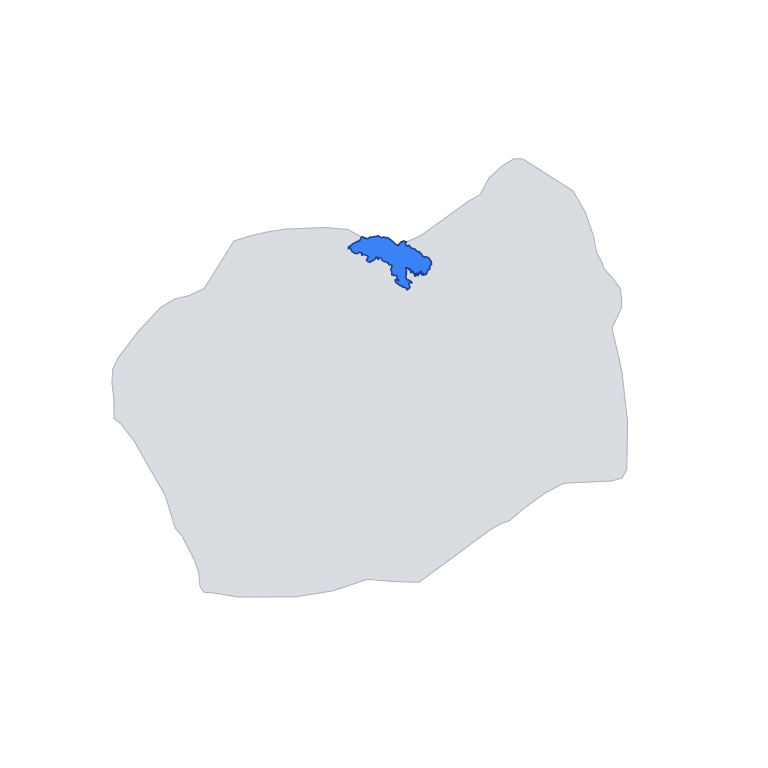 location of Qanya, Qacha's Nek, Lesotho, rotated 202°
{"feature_id": "5366337B93749016515077", "entity_name": "Qanya", "entity_type": "district", "adm_level": 2, "iso_a3": "LSO", "parent_name": "Lesotho", "parent_adm1": "Qacha's Nek", "projection": "mercator", "projection_center": [28.412, -30.083], "detail": "fine", "context": "in_parent", "style": "filled", "palette": "blue", "viewbox_px": 768, "rotation_deg": 202, "n_neighbors": 0, "source": "geoboundaries", "source_scale": "gbopen_adm2", "svg_char_len": 7025}
<svg xmlns="http://www.w3.org/2000/svg" viewBox="0 0 768 768"><g transform="rotate(202 384 384)"><path d="M497.4,506.9L477.6,513.1L474.8,513.7L462.1,512.2L445.2,513.7L431.9,517.2L421.6,518.5L404.7,536.5L374.1,585.2L365.9,595.5L363.7,614.6L356.5,629.8L347.9,641.7L339.4,644.6L313.8,639.9L281.1,633.8L262.1,619.0L245.1,599.7L236.2,585.6L226.9,577.9L223.7,573.6L210.4,567.1L205.3,563.7L200.9,561.3L195.5,552.0L192.4,543.9L193.6,521.3L184.2,507.8L168.2,484.9L158.0,466.1L144.2,440.4L135.7,418.5L126.9,395.8L128.0,386.1L136.4,379.5L161.1,368.1L180.3,359.2L193.9,343.1L208.9,319.0L216.2,304.6L223.5,298.0L231.4,287.8L245.3,265.2L260.7,240.2L277.2,213.3L298.1,205.5L326.5,196.5L353.9,173.1L386.5,153.4L439.1,132.0L463.6,126.5L472.9,123.4L478.8,127.5L485.1,139.7L494.0,150.0L514.8,167.8L523.6,172.1L545.0,198.6L568.0,216.7L594.4,237.6L612.3,248.1L621.5,251.0L629.1,269.5L636.8,283.3L641.1,296.3L640.2,308.9L631.9,339.7L619.8,371.3L610.0,384.4L598.1,392.7L586.5,405.2L582.0,430.6L576.8,460.4L561.6,472.7L549.8,480.8L533.5,490.7L497.4,506.9Z" fill="#d9dde1" stroke="#a8b0b8" stroke-width="1"/><path d="M416.5,523.8L416.6,524.1L417.6,523.9L418.9,524.1L419.7,523.9L419.8,523.0L420.0,522.7L420.8,522.6L421.2,522.5L421.4,521.7L421.7,521.4L421.9,520.2L422.2,519.9L422.4,519.6L422.5,518.8L422.4,518.4L422.8,518.4L422.7,518.0L422.9,517.7L423.3,517.5L425.2,517.9L425.6,517.9L427.0,518.6L427.8,518.6L428.2,518.9L428.3,519.2L429.1,519.4L430.7,520.0L431.7,520.1L432.5,520.6L433.3,520.5L433.9,520.6L434.7,521.0L435.1,521.1L436.0,521.0L436.5,520.4L436.9,520.2L438.9,520.3L439.2,520.4L439.4,520.3L439.4,520.0L439.8,519.7L441.5,518.6L442.0,518.7L442.8,519.1L444.4,519.1L445.2,519.3L445.4,519.2L445.9,518.5L446.2,518.3L446.4,517.8L446.8,517.6L448.2,517.2L448.8,516.4L450.9,515.4L451.3,515.3L451.6,515.0L452.5,514.6L452.6,514.2L452.8,513.1L453.5,512.6L454.0,512.6L454.5,512.3L455.3,512.2L455.7,512.3L456.5,511.8L456.9,511.8L457.1,512.3L457.6,512.4L459.1,512.4L459.5,512.3L459.8,511.6L460.0,511.4L460.0,511.0L460.1,510.9L459.8,510.5L459.8,510.3L459.9,510.2L459.7,509.8L459.8,509.4L460.0,508.9L460.1,508.7L460.1,508.3L460.1,508.0L460.4,508.0L460.3,507.6L460.4,507.0L461.3,506.9L461.7,506.7L462.0,506.3L462.3,506.2L462.4,505.8L462.9,505.2L463.2,504.9L463.6,504.3L464.4,503.8L464.8,502.7L465.2,502.5L465.7,502.1L466.2,500.8L466.5,500.4L466.5,499.9L466.8,499.7L467.0,499.1L467.2,498.8L467.5,498.8L467.9,498.2L467.9,497.8L468.1,497.8L468.2,497.7L468.2,497.1L467.9,496.7L467.7,496.6L467.6,496.2L466.9,497.1L466.6,497.3L466.1,497.2L465.6,496.9L465.2,496.4L463.4,494.9L463.0,494.7L462.3,495.0L462.0,494.9L460.9,494.3L460.5,494.1L458.9,494.6L457.9,494.6L457.1,495.6L457.0,495.9L457.0,496.1L456.4,496.8L456.1,496.9L455.7,496.8L453.9,497.3L453.8,497.2L453.5,496.9L453.4,496.0L453.1,495.3L452.7,495.1L452.4,495.4L452.1,495.7L451.8,496.4L451.2,496.3L450.7,496.5L449.2,496.7L446.9,496.6L446.3,496.0L446.2,495.7L446.3,495.4L446.6,495.0L446.6,494.7L446.5,493.9L446.7,492.8L446.6,492.3L446.4,491.9L446.2,491.9L446.0,492.0L445.1,491.8L444.4,491.4L444.0,491.5L443.0,491.4L442.8,491.5L442.4,492.0L442.0,492.3L441.3,493.5L441.1,493.8L440.4,494.3L439.6,495.2L439.3,496.2L438.8,496.9L438.7,497.3L438.9,498.0L438.9,498.4L438.7,498.8L438.0,499.0L437.7,498.9L437.0,497.9L436.4,497.6L436.1,497.3L435.6,497.6L435.6,498.0L435.9,498.9L435.8,499.2L435.3,499.6L434.6,499.9L433.8,499.7L433.6,499.6L433.1,498.9L431.7,497.9L431.4,497.8L429.2,497.6L428.6,497.9L427.9,498.0L427.0,498.1L426.5,498.0L426.2,497.5L426.0,497.4L425.8,497.4L425.4,497.5L425.1,497.5L424.7,497.4L424.4,496.8L424.0,496.4L423.7,496.3L422.0,497.0L421.2,497.0L421.0,496.9L421.0,496.5L421.0,496.2L420.5,495.5L420.5,495.0L420.7,494.2L420.8,493.2L420.4,492.4L419.7,491.7L418.6,490.7L418.4,490.3L418.2,489.2L417.8,488.4L417.6,488.2L417.3,488.1L417.1,488.1L416.8,488.6L416.4,488.6L415.4,488.2L415.1,488.2L414.0,489.2L413.7,489.2L413.2,489.1L412.4,488.8L412.1,488.4L411.9,487.2L411.7,486.9L411.3,486.5L410.9,486.3L409.7,486.1L409.2,485.8L409.1,485.3L409.2,485.1L410.0,485.0L411.0,485.7L411.6,485.7L412.4,485.0L412.7,484.6L412.6,484.3L412.0,483.7L411.2,482.7L410.9,482.5L410.6,482.5L410.0,482.3L409.0,482.1L406.8,481.4L405.8,481.3L405.6,481.4L405.2,481.6L404.8,481.3L404.1,481.5L403.8,481.4L403.4,481.0L403.1,480.8L402.3,480.9L401.9,481.1L401.5,481.2L399.4,481.2L399.0,481.0L398.8,480.8L398.5,480.2L398.2,480.0L397.9,479.9L397.3,481.0L396.6,481.7L396.3,482.8L396.2,483.5L396.3,483.8L397.6,485.0L398.6,486.4L398.7,486.9L398.4,487.4L398.2,487.6L397.8,487.8L396.3,487.9L396.1,488.4L396.1,488.7L396.3,488.8L397.1,489.1L397.6,489.2L398.1,489.4L399.6,489.7L400.0,489.7L400.6,489.5L400.8,489.3L401.1,489.2L402.3,489.5L402.5,489.9L402.6,490.2L403.2,490.7L403.5,491.3L404.1,491.8L404.3,492.0L404.2,493.9L404.3,494.1L404.6,494.4L404.7,494.9L405.5,495.5L405.6,495.8L405.0,496.3L405.0,496.5L405.4,497.0L405.9,497.5L406.6,499.1L407.1,499.5L407.1,499.8L406.8,499.8L406.6,499.9L406.7,500.0L407.0,500.1L406.1,500.5L405.8,500.3L405.4,500.3L404.8,499.7L404.4,499.6L404.0,499.4L403.7,499.5L403.6,499.8L403.7,500.3L402.4,500.3L401.9,499.9L402.2,499.6L402.3,499.5L402.0,498.7L401.5,498.4L401.2,498.1L401.2,497.7L400.9,497.3L400.5,497.7L400.5,498.2L400.2,498.5L400.1,498.9L400.0,499.1L399.5,499.4L399.0,498.7L398.8,498.2L398.2,497.4L397.4,497.8L397.4,498.0L396.9,498.1L396.7,498.0L396.6,497.8L396.6,497.4L396.3,495.9L395.7,495.9L395.4,495.7L395.3,495.9L395.1,496.3L395.1,496.7L395.2,496.9L395.3,497.1L395.7,497.1L395.8,497.3L395.8,497.5L395.5,497.7L395.2,497.6L394.9,497.8L394.7,498.1L394.7,498.3L394.8,498.5L395.3,498.8L395.2,499.1L394.7,499.0L394.6,498.9L394.2,497.5L393.9,497.3L393.7,497.1L393.2,497.1L393.3,497.8L393.4,498.0L393.7,498.3L393.5,498.7L393.3,498.8L393.0,498.7L392.7,498.7L392.4,499.1L392.6,499.6L393.1,500.2L393.3,500.7L393.1,501.0L392.9,501.0L392.3,500.5L391.6,500.3L391.4,500.4L391.5,500.7L392.2,501.7L392.1,501.9L391.4,501.7L391.3,501.8L391.5,502.2L391.3,502.1L391.1,501.9L390.8,501.0L390.1,500.4L390.0,499.5L389.9,499.4L389.6,500.1L388.7,501.3L388.6,501.2L388.6,500.9L388.4,500.3L388.5,500.2L388.5,499.9L388.3,499.7L388.1,499.7L388.0,500.0L387.8,500.0L386.8,500.9L386.5,501.2L385.9,501.4L385.8,501.6L385.9,502.3L386.1,502.7L385.9,502.9L385.9,503.0L386.1,505.9L385.7,506.2L385.4,506.3L385.2,506.6L385.1,506.9L384.9,507.2L384.6,508.1L384.6,508.4L384.8,508.8L385.3,509.1L385.5,509.3L385.6,509.6L385.5,510.0L385.7,510.6L385.4,510.9L385.2,511.2L385.2,512.2L385.1,512.4L384.7,512.9L384.7,513.1L385.0,513.3L385.7,514.3L385.7,514.7L386.0,515.2L386.5,515.6L387.0,515.7L387.3,516.0L387.8,516.4L388.0,516.5L389.1,517.5L391.9,517.8L392.4,517.8L393.0,517.1L393.9,517.3L394.4,517.1L396.0,517.1L396.5,517.3L397.0,517.7L397.3,518.2L398.1,518.6L398.4,518.9L399.6,518.9L400.5,519.9L401.0,520.0L401.5,519.8L402.2,519.4L403.3,519.4L404.0,519.8L404.6,520.2L405.4,520.4L405.9,520.8L406.5,520.5L408.9,520.5L409.9,520.3L410.4,520.4L411.2,521.2L412.5,522.0L412.8,521.9L413.2,521.6L413.6,520.9L414.1,520.8L415.6,520.9L416.0,521.0L416.2,521.3L416.4,521.7L416.6,522.3L416.7,523.2L416.5,523.8Z" fill="#3b82f6" stroke="#1e3a8a" stroke-width="1.5"/></g></svg>